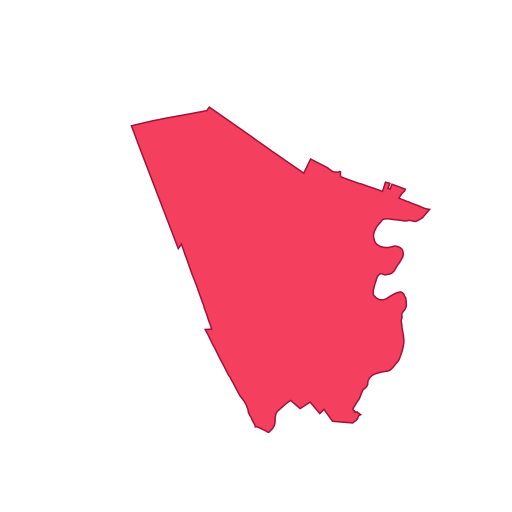 the district of Valea Dragului, Giurgiu, Romania, rotated 305°
{"feature_id": "2599482B96012240826898", "entity_name": "Valea Dragului", "entity_type": "district", "adm_level": 2, "iso_a3": "ROU", "parent_name": "Romania", "parent_adm1": "Giurgiu", "projection": "orthographic", "projection_center": [26.302, 44.213], "detail": "fine", "context": "isolated", "style": "filled", "palette": "rose", "viewbox_px": 512, "rotation_deg": 305, "n_neighbors": 0, "source": "geoboundaries", "source_scale": "gbopen_adm2", "svg_char_len": 6063}
<svg xmlns="http://www.w3.org/2000/svg" viewBox="0 0 512 512"><g transform="rotate(305 256 256)"><path d="M393.8,371.5L392.5,368.9L391.7,366.7L391.6,366.1L391.1,364.0L390.7,362.4L390.8,362.2L390.6,361.7L390.3,360.1L389.9,358.4L388.8,354.5L388.1,351.5L388.0,350.5L387.9,350.1L387.7,349.5L387.1,347.5L385.9,342.2L385.6,341.1L385.4,340.4L385.4,339.9L390.9,339.7L394.7,340.4L396.4,340.0L395.6,337.0L392.8,326.2L387.6,327.5L387.1,325.4L392.2,324.1L392.0,322.9L391.3,321.2L390.7,319.7L389.9,319.9L386.7,321.0L383.8,321.9L381.4,322.5L381.2,322.1L380.7,319.7L380.4,318.4L379.9,316.8L379.8,316.3L379.1,313.9L377.6,308.7L376.8,305.9L376.1,303.3L375.9,302.5L375.7,301.8L375.2,300.4L373.9,296.9L373.5,295.0L371.9,289.2L370.4,283.5L369.8,280.9L369.7,280.7L369.6,280.4L369.7,279.9L369.8,279.7L370.0,279.4L371.3,278.4L371.7,278.1L372.2,277.7L372.9,277.4L373.3,277.1L373.4,276.9L373.5,276.8L373.5,276.6L373.4,276.4L373.3,276.2L373.1,276.1L373.0,275.9L372.7,275.8L372.2,275.5L371.8,275.2L371.2,274.3L370.8,273.6L370.5,273.1L370.1,272.5L369.6,271.7L369.2,270.6L369.2,270.4L369.1,269.9L369.2,268.2L369.2,267.0L369.2,265.5L369.2,265.1L369.3,264.4L369.4,263.9L369.3,263.4L369.1,262.2L367.0,247.0L366.9,246.8L367.0,246.4L366.9,245.6L366.8,245.1L351.3,247.6L351.2,243.0L351.2,236.5L351.1,230.0L351.1,217.4L351.0,210.8L351.1,197.5L351.0,188.9L351.1,188.1L351.2,186.4L351.2,164.8L351.2,148.0L351.2,134.3L351.2,132.3L347.5,132.3L346.9,132.3L346.7,132.2L320.1,106.0L314.9,100.9L313.3,99.4L313.0,99.1L312.9,99.1L311.7,97.9L309.0,95.3L307.6,93.9L303.8,90.5L300.7,87.7L297.9,85.2L295.3,82.9L295.2,82.8L291.2,79.3L276.4,100.9L270.1,110.2L217.5,188.1L223.0,188.1L222.7,188.5L222.4,188.9L219.2,193.4L216.1,197.5L215.2,199.0L214.1,200.5L212.8,202.4L207.6,209.6L205.0,213.2L200.6,219.9L199.1,222.1L198.0,223.8L192.1,232.0L187.3,238.8L185.4,241.6L185.3,241.8L185.1,242.1L184.0,243.1L180.0,249.0L177.3,252.5L175.8,254.5L172.8,258.9L171.9,260.0L170.6,261.6L166.7,256.5L164.2,261.5L162.6,264.3L162.1,265.3L161.0,267.1L159.2,270.5L158.0,272.7L157.0,274.9L156.8,275.2L156.1,276.5L154.9,278.7L152.0,283.9L147.3,293.1L142.4,302.3L142.2,303.2L142.0,304.0L140.2,307.3L139.6,308.7L135.8,316.1L133.0,321.6L132.3,323.0L130.4,329.1L130.1,330.3L129.6,331.0L129.3,331.6L128.9,332.5L128.6,333.2L127.9,334.2L127.3,335.0L126.7,335.9L126.2,336.8L124.8,338.3L123.7,339.3L123.2,339.9L123.0,340.3L121.5,343.2L121.1,344.3L120.7,345.1L119.9,346.3L119.1,347.5L118.9,348.0L117.6,350.6L117.0,351.9L116.4,352.7L116.1,353.1L115.6,353.4L116.1,353.8L116.4,354.2L117.0,356.0L117.4,358.4L117.6,359.9L117.8,361.2L118.0,362.2L118.2,362.9L118.3,363.9L118.3,364.6L118.3,365.5L118.4,366.3L118.5,366.9L118.6,367.2L118.7,367.4L118.9,367.5L119.2,367.7L119.9,367.8L121.0,368.0L121.5,368.1L122.9,368.4L124.3,368.5L125.0,368.5L126.8,368.3L128.7,367.9L130.0,367.3L131.2,366.7L133.5,365.1L134.9,364.3L136.8,363.4L137.9,362.9L139.0,362.7L139.8,362.6L140.7,362.6L141.5,362.7L142.7,363.0L152.6,365.4L153.9,365.8L157.6,367.2L156.3,379.7L167.4,384.1L163.5,398.7L169.4,399.6L164.5,413.5L174.7,431.0L175.8,431.3L177.2,431.7L178.6,432.3L180.6,432.5L181.6,432.3L182.2,432.1L182.7,432.0L183.6,431.9L184.1,431.7L184.4,431.7L184.6,431.8L185.0,432.2L185.3,432.4L185.7,432.5L186.0,432.7L186.0,432.1L186.3,431.2L186.2,430.8L186.1,430.5L185.9,429.9L185.9,429.6L186.4,428.5L186.3,428.3L186.2,428.2L185.8,428.0L185.7,427.8L185.5,427.6L185.2,427.3L184.8,426.8L184.6,426.5L184.6,426.3L184.7,426.2L184.8,426.1L185.3,426.1L185.5,426.1L185.6,425.7L185.4,425.5L185.4,425.4L185.7,424.0L186.1,423.1L186.4,423.0L195.1,422.5L197.3,422.6L199.2,422.3L206.1,420.7L207.0,420.6L208.3,420.5L209.6,421.0L211.2,421.3L212.7,421.5L215.0,421.1L215.8,420.6L217.1,419.8L218.4,419.3L219.9,419.1L222.1,419.1L224.3,419.5L225.8,420.1L228.0,421.3L232.2,424.7L233.8,426.2L236.3,428.8L237.5,430.1L239.0,431.1L240.7,431.6L243.3,432.1L245.4,432.2L246.5,432.3L248.2,432.4L249.3,432.5L250.1,432.6L251.5,432.7L253.3,432.6L256.1,431.9L259.8,430.9L262.9,429.9L265.7,428.8L268.9,427.3L271.4,425.8L273.4,424.1L275.1,422.7L277.7,420.1L278.8,418.9L280.2,417.6L280.8,417.0L281.9,416.0L283.0,415.2L285.3,412.9L286.2,412.1L286.8,411.6L287.6,411.5L288.4,411.3L289.3,410.9L290.0,410.4L291.0,409.5L291.9,408.8L293.0,408.5L294.9,408.4L296.0,408.6L296.8,408.6L298.1,408.6L299.6,408.3L300.6,408.0L301.5,407.6L302.1,407.2L304.1,405.7L305.4,404.7L306.9,403.2L307.6,402.6L308.5,400.4L308.8,400.0L309.1,399.7L309.4,399.2L309.6,398.7L309.8,398.0L309.9,397.2L309.8,395.9L309.5,395.0L309.1,394.5L306.7,392.5L305.9,391.9L302.3,390.0L299.4,388.7L295.6,387.2L294.8,386.7L293.0,385.2L291.8,383.6L290.9,381.8L290.7,379.9L290.7,378.0L291.1,376.5L291.2,375.2L291.8,374.3L293.2,373.0L295.0,371.9L296.4,371.3L298.9,370.3L302.7,369.0L305.4,368.3L307.9,367.4L309.1,367.3L310.4,367.4L310.9,367.4L311.5,367.5L312.1,367.8L312.5,367.9L313.0,368.2L313.1,368.4L313.5,368.9L313.8,370.1L314.2,371.6L314.4,372.2L314.7,372.7L315.6,373.6L316.3,374.3L317.5,375.5L318.3,376.1L319.3,376.8L319.7,377.0L320.4,377.2L322.3,377.6L323.3,377.7L324.3,377.6L327.8,377.3L330.0,377.2L332.3,377.3L333.6,377.3L336.1,377.0L338.3,376.9L339.9,376.6L340.9,376.1L341.8,375.6L342.6,375.1L343.5,374.2L344.2,373.4L344.7,372.8L345.2,371.7L345.4,371.3L345.5,370.1L345.5,369.4L345.4,368.5L345.2,367.6L345.0,366.6L344.6,365.5L344.3,364.8L343.4,363.6L343.1,363.3L342.5,362.7L341.7,362.2L340.8,361.4L338.8,359.4L338.1,358.5L337.4,357.4L336.7,356.3L336.2,355.1L335.5,353.6L335.1,352.3L335.0,351.2L334.9,349.0L335.1,347.0L335.3,346.6L335.9,345.2L336.3,344.6L338.5,342.0L339.4,341.1L340.2,340.5L341.1,340.0L342.3,339.5L343.8,339.0L345.3,338.7L347.0,338.4L348.4,338.2L350.2,338.1L351.0,338.2L351.6,338.2L355.3,338.7L356.1,338.7L357.3,338.7L358.1,338.8L358.8,339.1L359.5,339.6L360.2,340.3L361.9,342.4L362.7,343.7L364.8,347.9L366.5,350.8L369.9,357.5L370.9,358.9L371.7,359.8L372.3,360.2L373.0,361.0L373.3,361.5L373.8,362.2L373.9,362.7L374.6,364.4L375.0,365.4L375.3,366.1L376.0,367.1L377.1,367.7L378.3,368.4L379.7,369.0L380.7,369.5L382.2,370.2L382.6,370.3L383.7,370.5L385.8,370.7L387.6,370.9L390.0,371.1L393.8,371.5Z" fill="#f43f5e" stroke="#9f1239" stroke-width="1.5"/></g></svg>